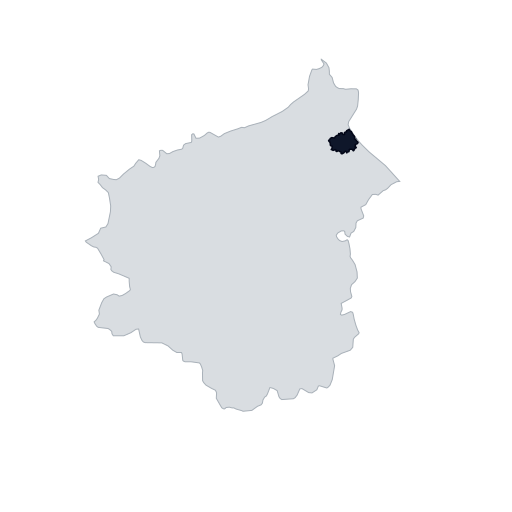 Svislach, Grodno, Belarus shown in context, rotated 149°
{"feature_id": "67162791B1668576645583", "entity_name": "Svislach", "entity_type": "district", "adm_level": 2, "iso_a3": "BLR", "parent_name": "Belarus", "parent_adm1": "Grodno", "projection": "mercator", "projection_center": [24.286, 52.932], "detail": "fine", "context": "in_parent", "style": "filled", "palette": "ink", "viewbox_px": 512, "rotation_deg": 149, "n_neighbors": 0, "source": "geoboundaries", "source_scale": "gbopen_adm2", "svg_char_len": 6306}
<svg xmlns="http://www.w3.org/2000/svg" viewBox="0 0 512 512"><g transform="rotate(149 256 256)"><path d="M394.5,356.8L387.7,356.4L379.4,356.6L374.8,359.8L369.7,358.2L366.2,360.0L358.0,368.9L354.8,373.7L351.8,381.0L349.9,386.4L350.9,390.2L352.4,393.7L352.8,397.5L353.5,400.5L351.5,402.6L350.3,405.7L346.9,405.2L342.7,402.2L341.8,397.9L338.6,394.9L336.4,393.3L332.9,393.1L327.3,394.5L319.9,395.6L314.4,395.9L311.4,397.4L306.9,398.9L305.2,397.1L302.7,392.2L300.7,387.4L299.3,385.2L298.0,384.6L296.5,384.7L294.8,386.3L293.5,387.9L288.9,389.7L286.8,391.4L284.6,395.9L283.1,395.6L281.6,394.6L279.8,389.6L277.4,388.4L273.5,388.3L268.7,387.3L264.7,385.8L263.3,386.1L261.0,388.3L258.5,388.6L253.0,386.7L251.9,387.5L248.7,393.1L247.2,393.3L246.4,392.6L246.8,387.8L243.6,386.1L238.2,385.9L234.4,386.6L232.6,386.4L231.6,385.4L227.0,377.3L224.5,376.8L220.1,377.2L213.6,376.2L206.1,374.4L202.0,373.7L199.9,371.9L195.2,371.3L182.9,367.9L177.8,367.2L170.3,367.2L159.0,366.4L151.7,366.9L148.4,368.0L144.5,368.7L131.0,369.6L126.2,370.6L124.8,372.3L123.2,376.0L117.6,382.4L112.3,386.7L111.3,387.1L108.1,384.8L105.5,384.1L102.4,383.8L100.2,384.5L98.8,385.6L99.0,390.6L98.7,391.0L96.3,385.1L96.5,379.8L97.9,376.7L99.5,374.0L98.8,369.8L100.4,364.4L100.4,360.4L99.7,358.7L98.5,356.7L95.0,354.5L93.4,352.8L88.6,350.5L83.9,347.6L83.1,345.8L83.4,344.6L84.2,342.8L87.8,337.4L91.7,332.2L94.2,330.1L107.4,323.4L109.5,321.0L110.0,317.0L109.8,308.9L108.9,301.5L107.9,296.4L105.4,286.8L98.5,266.8L94.4,245.9L97.1,247.2L103.4,247.6L108.4,246.2L111.0,246.0L113.3,246.5L120.0,245.3L121.6,247.2L124.6,248.8L130.4,246.4L135.5,243.5L140.9,243.8L141.7,242.3L143.0,234.9L144.6,233.3L151.0,234.0L153.3,232.7L155.8,229.0L159.6,226.7L162.7,226.7L166.0,224.1L167.6,225.8L168.4,228.9L167.3,231.4L167.8,232.4L170.1,233.6L174.0,233.6L176.5,232.5L177.0,231.1L177.0,228.6L176.4,226.2L174.8,224.1L171.7,223.0L169.5,223.0L169.1,221.7L169.9,218.9L171.8,213.7L174.1,209.0L175.6,207.2L175.8,205.6L175.5,202.7L175.5,197.6L177.6,190.3L180.5,184.9L184.3,183.1L188.9,182.2L191.9,179.6L193.4,176.6L194.7,171.9L196.1,171.0L207.4,171.5L209.1,166.9L210.0,165.5L212.2,164.1L213.7,162.5L213.1,161.2L210.3,160.3L203.5,159.6L202.2,158.0L202.6,156.2L204.4,151.3L206.1,145.0L207.0,140.1L207.1,137.2L208.0,136.5L213.5,135.5L215.4,134.6L220.1,127.9L223.7,126.7L233.0,128.5L237.3,128.3L242.7,128.8L243.2,128.1L245.1,121.5L254.3,110.8L259.2,107.1L262.4,106.3L263.4,106.5L268.4,112.1L269.5,112.4L272.8,110.0L278.5,109.8L281.2,111.8L284.9,118.7L286.9,119.5L292.4,115.6L295.5,114.4L297.5,114.4L307.9,119.7L308.7,121.5L308.8,123.5L307.2,129.7L309.3,133.5L311.8,136.1L317.2,131.9L319.2,130.7L321.3,130.6L324.2,129.0L326.3,126.6L328.3,125.8L332.1,126.4L339.1,125.8L347.1,129.6L347.8,130.7L351.9,135.1L353.3,137.3L354.6,138.0L356.8,140.2L359.6,141.5L361.6,141.1L362.6,141.8L363.5,143.5L363.5,146.4L363.3,154.5L360.4,158.8L360.0,160.3L360.1,162.1L362.4,165.6L365.4,171.1L366.0,174.2L366.0,176.6L362.0,183.5L360.7,185.2L359.8,188.6L359.3,192.0L359.6,193.5L366.3,198.9L371.3,201.9L372.4,203.4L372.5,204.3L369.8,210.1L369.6,211.7L373.6,214.1L375.8,218.0L377.7,224.2L381.5,230.1L395.6,238.8L396.8,240.3L397.2,242.2L396.8,246.2L394.2,253.9L396.6,255.0L402.8,254.7L410.4,255.7L419.4,261.1L419.5,263.5L418.5,265.7L419.2,268.1L420.1,270.0L428.0,276.1L428.7,277.8L428.9,280.7L428.7,282.9L426.5,283.3L424.1,284.3L420.1,286.9L418.6,290.5L412.2,295.5L408.3,297.7L405.1,297.8L397.7,296.8L395.0,294.3L394.0,292.1L391.1,291.1L387.3,291.0L382.0,291.4L380.9,292.0L380.1,294.8L377.8,299.5L376.2,302.2L382.9,311.5L386.3,315.3L387.3,317.7L387.3,319.3L385.7,321.3L385.9,325.2L389.2,330.4L388.1,331.2L387.8,337.6L387.8,344.3L388.7,345.9L390.4,347.3L391.9,349.7L394.4,355.3L394.5,356.8Z" fill="#d9dde1" stroke="#a8b0b8" stroke-width="1"/><path d="M135.7,307.0L135.5,306.9L135.0,306.6L134.7,306.5L134.3,306.6L134.0,306.7L133.6,306.5L133.2,306.3L132.9,305.9L132.9,305.7L133.0,305.5L133.2,305.2L133.3,305.0L133.4,304.8L133.3,304.5L133.1,304.2L132.9,303.9L132.7,303.9L132.4,303.9L132.2,304.1L131.9,304.1L131.5,304.1L131.1,303.8L130.7,303.3L130.8,302.9L130.4,302.4L130.0,302.0L129.6,301.5L129.8,301.1L130.0,300.6L130.2,300.3L130.2,300.0L130.0,299.6L129.6,299.3L129.3,299.2L128.8,299.2L128.3,299.2L128.1,299.5L127.8,299.4L127.6,299.2L127.0,299.4L126.8,299.7L126.5,299.7L126.1,299.8L125.6,299.9L125.2,299.7L125.1,299.4L125.1,299.0L124.8,298.4L125.1,298.0L125.0,297.7L124.6,297.9L124.4,298.1L124.2,298.1L123.9,298.1L123.5,297.9L123.0,297.7L122.8,297.6L122.5,297.7L122.2,298.0L121.8,298.4L121.6,298.7L121.3,299.2L120.9,299.3L120.3,299.0L119.8,298.6L119.3,298.4L118.8,297.9L118.5,297.6L118.5,297.2L118.5,296.8L118.5,296.4L118.4,296.1L118.2,296.0L117.7,296.1L117.2,296.4L117.1,296.9L116.6,297.0L116.0,297.0L115.7,297.2L115.1,297.4L114.6,297.2L114.2,297.5L114.5,297.9L114.9,298.2L115.1,298.4L115.0,298.8L114.6,299.0L114.2,298.9L114.0,299.1L114.1,299.5L113.8,300.1L113.2,300.3L112.7,300.3L112.2,300.3L111.8,300.2L111.5,300.1L111.1,300.2L110.7,300.3L110.3,300.7L110.0,300.9L110.0,301.0L110.2,301.8L110.5,302.8L110.7,304.0L110.3,304.7L110.9,305.1L111.2,305.6L111.0,306.0L110.7,306.4L110.2,307.0L110.0,307.8L110.1,308.3L110.1,308.9L110.5,309.3L110.3,309.8L110.4,311.5L110.2,313.5L110.4,313.8L110.8,314.4L110.9,315.5L110.9,316.6L111.2,316.7L112.1,316.7L112.7,316.6L113.5,316.7L113.8,316.7L114.0,316.5L114.1,316.2L114.4,315.9L114.9,315.9L115.5,316.2L116.3,316.2L116.6,316.1L116.9,315.9L117.1,315.4L117.1,315.1L117.3,314.7L117.8,314.6L118.2,314.9L118.4,315.1L119.0,315.5L119.1,316.0L118.9,316.6L118.7,316.8L118.9,317.2L119.3,317.5L119.6,317.8L120.0,317.9L120.3,317.8L120.7,317.6L121.2,317.6L121.5,317.6L121.7,317.9L121.9,318.3L122.1,318.3L122.3,318.0L122.3,317.8L122.4,317.3L122.5,316.9L123.0,316.9L123.4,317.3L124.1,317.6L124.8,317.6L125.1,317.6L126.5,317.5L127.1,317.2L127.7,316.8L128.1,316.8L128.5,317.1L129.1,317.7L129.5,318.0L130.2,318.5L131.0,318.5L131.7,318.5L132.2,318.3L132.5,317.9L133.0,317.6L133.7,317.8L134.0,317.7L134.3,317.5L134.4,316.9L134.3,316.4L134.2,315.9L133.9,315.4L134.2,315.1L134.4,314.4L134.5,313.8L134.7,313.5L135.1,313.1L135.2,312.7L135.1,312.2L135.0,311.8L134.5,311.4L134.2,311.0L134.2,310.7L134.6,310.2L135.0,309.6L135.4,309.1L135.9,308.8L136.3,308.7L136.6,308.6L136.6,308.3L136.2,308.0L135.9,307.8L135.7,307.4L135.7,307.0L135.7,307.0Z" fill="#0f172a" stroke="#020617" stroke-width="1.5"/></g></svg>